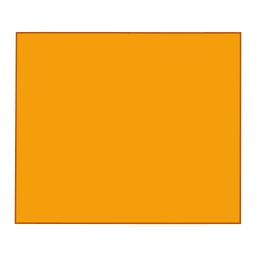 outline of Rawlins, Kansas, United States of America
{"feature_id": "52423323B33021828989067", "entity_name": "Rawlins", "entity_type": "district", "adm_level": 2, "iso_a3": "USA", "parent_name": "United States of America", "parent_adm1": "Kansas", "projection": "equal_earth", "projection_center": [-101.162, 39.785], "detail": "fine", "context": "isolated", "style": "filled", "palette": "amber", "viewbox_px": 256, "rotation_deg": 0, "n_neighbors": 0, "source": "geoboundaries", "source_scale": "gbopen_adm2", "svg_char_len": 396}
<svg xmlns="http://www.w3.org/2000/svg" viewBox="0 0 256 256"><path d="M23.7,223.2L172.8,223.4L240.3,223.3L240.6,32.8L236.2,32.9L234.0,32.8L174.4,32.9L144.3,32.8L133.5,32.8L109.9,32.7L97.3,32.7L94.0,32.7L89.5,32.7L81.9,32.7L70.7,32.7L58.0,32.7L55.6,32.7L45.5,32.6L45.1,32.6L39.3,32.7L28.8,32.7L16.9,32.8L16.5,32.8L15.4,223.2L23.7,223.2Z" fill="#f59e0b" stroke="#b45309" stroke-width="1.5"/></svg>